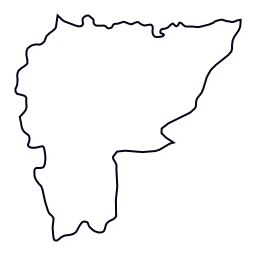 Sa Kaeo, Albers equal-area conic projection
{"feature_id": "THA-433", "entity_name": "Sa Kaeo", "entity_type": "Province", "adm_level": 1, "iso_a3": "THA", "parent_name": "Thailand", "parent_adm1": "", "projection": "albers", "projection_center": [102.297, 13.672], "detail": "fine", "context": "isolated", "style": "outline", "palette": "ink", "viewbox_px": 256, "rotation_deg": 0, "n_neighbors": 0, "source": "natural_earth", "source_scale": "10m", "svg_char_len": 3738}
<svg xmlns="http://www.w3.org/2000/svg" viewBox="0 0 256 256"><path d="M240.6,19.8L240.6,22.7L240.1,27.0L238.6,30.5L234.2,36.9L232.7,40.4L232.0,45.4L232.1,48.7L231.3,51.5L228.2,55.1L216.0,64.8L210.7,70.1L206.8,77.1L203.2,89.0L201.5,92.9L197.7,97.6L196.7,99.5L196.1,101.7L195.9,106.2L195.0,108.3L190.0,112.7L168.6,123.2L161.7,128.5L161.5,133.2L166.1,137.7L173.6,142.6L169.7,143.7L159.7,149.6L155.6,151.0L142.6,152.1L125.3,150.7L117.0,151.6L113.0,156.8L113.3,159.1L115.6,162.8L116.4,164.8L116.5,166.6L116.4,169.2L116.4,169.8L117.3,186.3L115.9,199.7L116.1,215.1L116.3,215.6L116.1,216.2L115.7,216.9L115.3,217.4L114.3,218.4L113.2,219.3L112.6,219.6L110.5,220.5L109.2,221.2L108.1,222.1L107.0,223.1L106.6,223.7L105.9,225.0L104.8,229.0L104.2,230.5L103.8,231.1L103.3,231.5L102.7,231.9L102.0,232.2L101.2,232.4L98.9,232.5L96.6,231.9L94.2,231.0L91.1,228.5L89.8,227.2L89.0,226.1L87.9,223.2L87.4,222.4L86.5,221.9L84.5,221.6L83.4,221.7L82.6,222.0L82.0,222.5L81.1,223.5L79.4,226.0L76.6,231.2L76.2,231.8L75.6,232.3L74.4,233.2L73.2,233.9L70.2,234.9L65.0,235.5L63.6,236.0L61.0,237.4L59.5,238.8L57.7,240.1L57.0,240.5L56.3,240.6L55.3,240.5L54.4,240.0L53.7,238.6L53.3,236.3L52.6,227.2L53.5,219.6L53.5,218.8L53.3,217.7L52.6,216.6L49.2,213.3L47.9,210.7L45.1,201.7L42.5,189.6L41.2,186.2L38.5,183.4L36.1,180.0L35.1,177.9L34.5,175.6L34.4,172.6L34.4,171.0L34.6,169.7L35.0,169.1L35.4,168.5L36.0,168.2L36.8,167.9L39.4,168.0L41.1,167.9L41.9,167.7L43.3,167.3L44.0,166.2L44.7,164.5L45.4,159.5L45.3,156.0L44.6,150.6L44.0,148.2L43.4,146.7L42.7,146.3L41.9,146.3L35.5,147.7L33.6,147.8L31.7,147.7L30.7,147.5L29.7,147.1L28.5,146.3L28.1,145.5L28.0,144.6L28.5,143.2L28.8,142.5L29.1,141.4L29.4,140.1L29.5,137.8L29.2,136.6L28.8,135.7L28.3,135.1L26.7,133.8L26.0,133.4L24.2,131.8L22.8,129.9L21.9,127.8L19.8,116.8L23.9,112.5L25.9,109.7L26.6,106.7L26.2,102.7L26.3,98.0L25.3,96.3L23.1,95.3L17.1,93.8L15.6,91.8L15.4,89.0L16.8,86.0L17.4,83.0L17.5,79.7L17.3,77.0L17.3,73.9L18.5,70.7L21.7,67.9L24.4,66.2L27.3,63.7L27.4,60.3L26.4,55.1L26.5,51.4L27.7,48.2L31.6,45.5L34.3,44.6L37.1,44.4L39.6,44.7L42.0,43.7L44.4,41.4L46.4,36.2L49.7,33.0L52.3,31.2L54.6,29.2L55.9,27.4L57.6,15.4L62.5,20.1L64.7,21.5L75.6,25.6L77.6,26.1L79.1,26.4L80.0,26.3L80.8,26.2L81.5,25.9L82.1,25.5L82.6,25.0L82.9,24.2L83.0,23.4L82.5,20.2L82.6,19.4L82.8,18.6L83.6,17.5L84.4,16.8L85.3,16.2L87.2,15.5L88.3,15.5L89.1,15.8L90.7,17.2L92.4,18.5L92.9,19.1L93.3,19.6L93.5,20.3L93.6,21.1L93.5,21.9L93.6,22.9L94.0,23.8L95.2,25.1L96.3,25.6L97.3,25.7L104.2,25.6L105.4,26.1L106.3,26.8L107.1,27.8L108.0,28.2L108.9,28.3L109.8,28.2L110.6,28.0L111.3,27.7L111.8,27.2L112.3,26.6L112.9,25.3L113.3,24.7L113.9,24.2L114.8,23.9L118.0,23.6L118.8,23.4L123.2,21.9L124.3,21.9L125.5,22.3L129.2,23.8L130.7,24.1L131.9,24.2L132.6,23.9L134.5,22.9L136.5,22.2L137.7,22.1L138.6,22.3L139.2,22.7L139.6,23.2L140.5,23.8L141.5,24.4L143.5,25.3L144.7,25.5L149.5,24.7L150.7,24.7L151.6,25.1L152.4,26.2L152.6,26.6L152.8,27.1L152.8,28.5L152.5,30.4L152.6,32.8L152.9,33.9L153.1,34.6L153.6,35.4L154.5,36.4L155.5,36.9L156.4,37.0L157.4,37.0L160.9,36.7L161.7,36.5L162.5,36.3L163.1,35.9L163.6,35.5L163.9,34.9L163.7,34.4L163.1,34.0L161.6,33.5L160.9,33.2L160.4,32.6L160.3,31.9L160.4,31.1L160.7,30.3L161.1,29.7L161.7,29.3L162.3,29.1L163.2,28.9L164.1,28.8L164.9,28.7L166.4,28.2L167.0,27.9L168.3,27.2L168.8,26.7L170.9,24.6L172.7,23.5L174.3,24.7L175.2,25.8L175.9,26.1L176.6,26.2L177.7,25.5L178.3,24.8L178.7,24.0L178.9,23.3L179.4,22.7L180.3,22.7L181.4,23.3L182.2,23.9L183.3,25.0L184.4,25.9L185.1,26.3L186.5,26.5L192.8,26.6L198.1,27.1L200.1,26.8L209.2,24.5L213.3,22.8L213.9,22.3L214.4,21.8L215.2,21.3L217.3,20.6L220.5,19.8L222.1,19.7L224.1,20.3L226.1,21.0L230.2,21.6L231.3,22.0L232.4,22.0L234.3,21.7L236.5,20.6L240.6,19.8L240.6,19.8Z" fill="none" stroke="#020617" stroke-width="2"/></svg>